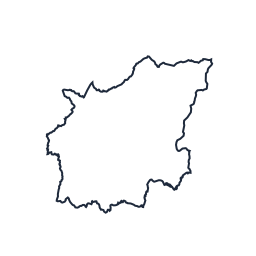 Aileu Vila, Aileu, East Timor (Robinson projection), rotated 20°
{"feature_id": "22284137B9751791093782", "entity_name": "Aileu Vila", "entity_type": "district", "adm_level": 2, "iso_a3": "TLS", "parent_name": "East Timor", "parent_adm1": "Aileu", "projection": "robinson", "projection_center": [125.556, -8.74], "detail": "fine", "context": "isolated", "style": "outline", "palette": "slate", "viewbox_px": 256, "rotation_deg": 20, "n_neighbors": 0, "source": "geoboundaries", "source_scale": "gbopen_adm2", "svg_char_len": 5837}
<svg xmlns="http://www.w3.org/2000/svg" viewBox="0 0 256 256"><g transform="rotate(20 128 128)"><path d="M181.3,79.6L180.8,77.3L180.9,75.3L180.7,73.5L179.6,71.8L180.0,69.9L180.5,68.8L184.3,67.0L185.5,67.1L186.4,65.8L188.3,64.5L188.5,63.9L187.5,59.4L185.9,58.2L184.9,57.1L182.6,50.1L183.5,48.0L183.0,45.5L183.2,44.1L184.9,40.2L185.1,38.8L183.4,37.4L182.7,35.1L181.8,36.0L180.5,36.6L177.1,36.9L175.1,37.5L175.1,38.8L173.6,39.8L172.0,42.6L170.7,42.4L167.8,43.3L166.0,42.9L165.4,43.3L164.3,42.8L163.8,43.6L163.3,43.7L161.6,43.5L159.9,45.5L158.8,46.4L157.1,47.5L155.2,47.5L154.5,48.0L151.5,50.7L149.9,53.9L140.8,55.0L139.6,54.5L138.8,54.6L136.6,57.3L136.0,58.9L136.2,59.9L135.3,60.4L134.6,60.2L133.5,59.1L132.0,58.7L131.2,57.6L130.0,56.5L127.0,55.8L123.3,53.7L122.0,54.0L121.8,55.4L120.2,56.5L118.9,57.7L116.9,61.4L115.8,62.3L115.0,64.1L114.0,64.5L113.8,64.9L113.8,66.3L112.7,69.3L112.8,70.0L113.5,70.1L113.7,70.9L113.5,73.5L113.9,74.6L113.7,75.3L113.9,76.0L113.1,78.5L112.3,79.0L111.7,80.2L111.4,81.9L110.6,83.2L108.9,83.7L108.6,84.5L108.4,86.3L107.3,88.3L107.1,89.1L103.7,92.3L102.9,93.7L101.8,94.6L101.4,94.6L101.0,94.2L99.6,95.5L99.2,96.5L98.8,96.6L97.5,98.2L96.9,98.3L96.7,98.6L96.8,99.1L96.1,99.9L96.1,100.4L95.3,101.2L94.6,101.1L93.8,101.5L92.1,101.2L91.9,101.3L92.0,102.2L91.8,102.5L90.1,103.1L88.8,102.9L87.7,101.9L87.4,101.9L86.8,102.8L85.6,103.2L84.5,102.2L82.5,101.7L81.8,101.1L79.8,99.0L79.0,97.3L78.4,98.5L77.8,100.3L76.8,106.6L76.1,114.2L75.8,114.5L74.4,113.6L73.7,114.3L73.2,114.4L72.0,114.2L71.8,114.4L70.5,113.8L70.5,113.0L70.1,112.5L67.7,113.3L66.7,113.4L64.8,112.1L64.2,112.0L63.1,112.5L62.1,112.3L61.7,111.8L61.0,112.1L60.3,111.9L59.9,112.4L58.5,113.1L55.0,113.7L54.2,114.2L53.9,115.2L57.6,119.7L59.3,119.8L60.7,120.4L62.1,119.7L63.1,120.3L64.3,121.6L65.7,122.4L66.6,124.0L67.6,124.5L68.8,124.7L70.1,125.5L70.5,126.3L70.1,127.9L69.2,128.7L68.6,130.3L70.2,131.3L70.4,131.6L70.4,132.4L69.5,134.4L69.1,134.7L68.3,136.9L67.7,137.7L67.3,138.6L65.9,139.4L66.4,140.4L66.4,140.9L65.6,141.2L66.7,142.4L66.7,143.7L67.3,144.9L66.7,146.8L65.2,147.8L64.5,149.1L61.5,149.4L61.5,149.8L62.1,150.5L61.6,150.9L61.1,152.6L60.2,153.4L59.7,155.9L59.4,156.3L58.7,156.5L57.6,158.5L56.6,158.9L55.7,160.5L55.0,160.8L55.0,161.8L54.8,162.0L54.1,161.9L54.1,162.2L54.5,162.7L54.6,163.7L55.8,164.4L57.4,166.2L57.9,166.4L58.1,166.8L58.0,167.3L58.3,167.9L58.0,169.3L58.2,169.8L58.2,170.8L58.4,171.8L59.1,171.9L59.0,173.5L59.3,174.0L59.0,175.1L59.5,175.5L59.7,176.0L60.3,175.7L61.0,178.8L61.3,179.4L61.3,180.1L61.7,179.9L62.2,179.1L62.4,178.2L63.0,177.6L63.4,177.6L64.2,177.0L65.0,178.4L65.6,178.8L67.2,178.4L68.0,177.2L68.9,177.7L69.3,177.3L70.9,178.0L70.9,177.6L70.5,177.2L71.4,176.6L71.8,176.9L71.6,177.6L72.6,178.0L73.0,178.6L73.0,180.9L73.2,181.8L74.0,181.7L74.4,182.1L75.2,182.0L75.4,182.9L75.9,183.8L75.8,185.3L76.5,185.6L76.7,186.4L77.7,187.0L78.0,188.1L77.8,189.1L78.0,189.5L79.0,190.5L80.1,191.0L81.6,192.9L82.3,195.1L83.0,195.7L83.2,197.0L83.6,197.5L83.9,198.8L83.4,199.6L83.6,200.4L83.5,201.0L82.7,201.7L83.7,203.9L83.2,206.5L83.9,207.9L83.9,209.5L84.7,214.1L85.6,216.3L85.6,219.4L85.9,220.8L87.0,220.9L89.4,219.7L90.9,220.6L91.9,220.5L93.7,218.9L94.2,217.3L93.8,216.4L94.0,215.9L95.2,213.9L96.5,214.5L97.0,215.4L98.9,217.3L101.5,218.8L102.4,219.2L103.9,219.2L105.7,220.6L107.6,220.2L108.8,219.2L109.1,218.3L110.0,217.4L110.8,217.2L111.8,215.8L113.1,215.3L114.7,215.9L115.0,216.4L115.6,216.6L115.9,215.3L115.5,213.9L116.3,212.4L118.2,212.1L119.7,212.1L119.8,211.0L119.6,209.9L119.2,209.3L119.4,209.0L120.0,209.3L121.1,209.2L121.7,208.5L122.7,208.3L122.9,207.8L123.4,207.7L124.7,209.4L126.1,209.3L127.0,209.9L127.8,210.9L128.5,212.3L129.2,213.0L129.9,213.3L130.4,214.0L132.1,213.5L133.0,213.5L134.1,214.7L135.9,215.2L136.7,214.4L136.9,213.9L137.0,211.8L138.1,211.4L139.1,212.1L139.6,211.1L138.9,208.7L138.0,207.2L138.0,206.6L138.4,206.0L139.1,205.5L140.7,205.7L142.1,205.2L143.4,204.4L144.2,203.6L144.3,201.8L145.1,202.4L145.7,201.3L146.3,201.0L146.3,199.8L146.7,198.8L147.0,198.9L147.4,199.6L147.3,200.0L147.6,200.0L147.9,199.2L148.5,199.2L148.4,198.4L148.7,197.8L149.4,197.6L150.7,197.8L150.9,198.3L152.0,198.8L152.9,198.6L153.4,198.8L156.4,198.0L159.6,198.1L161.3,198.6L163.7,198.2L164.6,198.5L165.8,198.0L166.6,197.2L166.9,196.2L167.4,195.9L167.7,196.2L167.7,196.9L168.4,196.8L168.8,197.2L169.3,197.1L169.0,195.9L169.3,193.9L169.1,190.1L168.3,189.4L167.7,188.2L167.3,188.0L167.1,186.8L167.6,186.3L166.9,185.7L166.9,185.4L167.4,185.1L167.3,184.8L167.6,184.2L167.3,183.9L167.3,183.2L167.1,182.9L167.2,182.2L167.0,181.6L167.2,181.2L167.9,181.2L168.1,181.1L167.4,177.4L166.9,176.9L166.3,175.6L165.4,174.6L165.7,172.2L166.3,170.0L166.6,169.2L167.3,168.6L167.9,168.4L168.9,169.0L170.6,169.5L171.2,169.4L174.9,166.5L176.7,166.0L178.3,166.1L179.2,166.6L181.6,169.0L182.0,169.0L182.4,168.4L182.7,166.8L183.4,166.5L183.9,166.6L184.0,167.9L184.4,168.2L185.3,168.0L185.9,168.2L186.1,167.9L185.8,166.9L186.6,166.8L187.6,167.3L187.2,167.5L187.2,167.9L187.5,168.6L188.0,168.7L189.7,168.3L192.1,170.1L192.7,170.1L193.2,167.9L193.9,169.1L194.4,168.9L194.6,168.1L194.2,167.1L194.0,165.5L194.3,165.1L195.3,164.5L195.5,163.4L195.1,161.9L195.8,159.5L195.4,157.7L194.8,157.7L194.6,157.0L195.1,156.1L195.7,156.2L196.0,156.0L196.2,155.1L195.7,154.0L195.8,153.7L198.3,150.0L199.0,149.6L199.8,150.1L200.3,149.1L202.1,148.7L201.4,147.0L199.7,145.4L198.8,145.2L198.2,144.6L197.4,140.2L196.6,139.3L196.1,137.4L196.3,135.5L195.4,133.4L194.3,131.7L194.0,130.1L193.5,129.6L193.8,128.4L191.4,128.4L189.8,127.3L188.9,127.3L186.2,128.7L184.6,131.4L183.9,132.1L183.1,132.3L182.3,132.0L180.9,130.9L178.9,127.4L178.4,124.7L178.6,122.6L180.8,120.3L182.9,116.3L182.4,113.8L181.0,112.9L180.0,106.3L178.9,104.4L178.2,101.8L180.2,97.8L181.7,91.8L180.8,88.2L179.1,85.6L181.4,83.1L181.5,82.0L181.5,81.4L181.2,81.0L181.3,79.6Z" fill="none" stroke="#1e293b" stroke-width="2"/></g></svg>